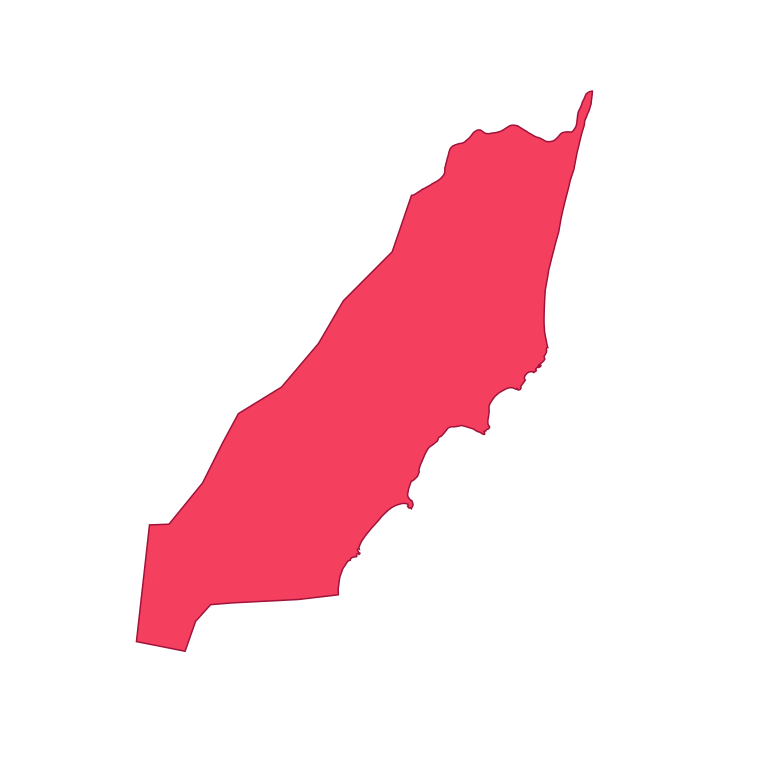 outline of Municipality E, Montevideo, Uruguay, rotated 312°
{"feature_id": "84410073B72296027070885", "entity_name": "Municipality E", "entity_type": "district", "adm_level": 2, "iso_a3": "URY", "parent_name": "Uruguay", "parent_adm1": "Montevideo", "projection": "robinson", "projection_center": [-56.066, -34.884], "detail": "fine", "context": "isolated", "style": "filled", "palette": "rose", "viewbox_px": 768, "rotation_deg": 312, "n_neighbors": 0, "source": "geoboundaries", "source_scale": "gbopen_adm2", "svg_char_len": 5543}
<svg xmlns="http://www.w3.org/2000/svg" viewBox="0 0 768 768"><g transform="rotate(312 384 384)"><path d="M542.6,278.2L487.8,301.6L418.7,298.1L394.6,303.1L389.1,304.3L370.2,308.2L313.1,309.9L264.6,295.6L232.1,303.5L189.0,315.4L135.9,318.0L122.4,304.0L26.9,372.4L34.0,384.3L52.3,415.0L81.5,402.8L104.0,402.8L119.4,417.3L166.6,464.6L196.8,491.1L197.6,490.4L200.8,487.3L205.4,484.1L210.8,480.4L215.3,478.6L219.2,477.0L223.9,476.3L228.3,475.6L229.1,476.1L230.6,476.9L231.2,476.4L231.8,476.1L233.5,476.4L234.7,477.0L236.1,478.1L237.3,479.1L237.7,479.1L238.5,478.1L239.7,477.6L240.5,478.2L241.1,478.8L240.7,479.4L241.8,479.6L242.2,479.0L241.7,478.1L242.2,477.3L243.2,474.8L244.0,475.2L244.7,475.5L244.8,476.1L245.9,474.6L249.0,473.5L252.5,472.5L257.2,471.9L257.5,471.8L262.2,471.5L268.2,471.2L274.2,471.2L279.4,471.2L284.0,470.9L290.0,471.3L294.0,471.7L297.7,472.5L301.5,473.9L304.3,475.5L305.8,476.4L307.4,477.5L309.4,479.6L310.7,482.2L309.9,483.3L309.0,483.2L308.5,485.1L308.7,485.8L309.1,486.3L309.8,487.0L309.6,487.7L310.6,487.5L311.8,487.1L312.9,486.9L313.8,486.3L314.2,485.8L315.1,484.6L315.3,483.7L316.0,482.7L315.4,481.2L315.7,479.6L316.1,477.7L317.0,476.1L318.7,474.8L320.7,473.6L322.5,472.5L326.8,470.6L328.5,469.9L329.9,469.4L331.5,470.1L334.0,470.5L337.7,470.7L341.2,469.4L342.3,469.0L343.3,467.6L347.4,465.5L354.1,463.2L359.7,461.3L364.9,460.1L365.1,460.0L368.1,460.0L371.0,460.8L374.8,461.4L377.4,461.8L378.9,461.3L379.9,460.6L381.7,460.7L383.7,461.5L387.5,461.5L392.5,461.2L394.1,461.1L396.6,462.1L397.9,463.4L399.2,464.9L399.5,465.1L401.1,466.5L405.0,469.3L406.5,472.1L407.8,474.8L409.1,477.7L410.4,480.6L411.0,484.6L412.4,488.0L412.8,490.9L413.2,491.8L413.9,492.4L414.3,492.2L414.9,491.5L415.4,491.0L415.3,490.2L415.8,490.1L416.4,490.5L417.3,491.1L418.0,490.8L419.0,490.8L420.0,491.5L421.2,491.7L422.3,491.5L422.9,491.1L423.2,490.0L423.1,489.2L424.5,487.3L425.6,486.3L426.5,485.5L430.3,483.1L434.1,480.4L435.3,479.2L437.4,477.2L439.9,476.0L443.4,475.3L448.5,474.7L454.3,475.3L458.8,476.8L462.5,478.1L465.7,480.1L467.5,482.6L468.2,484.9L468.4,485.7L469.4,486.0L469.7,486.1L469.3,486.7L469.2,487.3L469.3,487.7L469.8,488.2L470.2,488.4L470.7,488.8L471.3,488.9L471.6,488.8L472.1,488.7L472.8,488.5L473.1,488.0L473.1,487.6L473.4,487.3L481.5,486.4L481.9,484.8L483.4,483.6L485.2,483.2L485.5,483.1L487.5,483.1L489.6,483.6L491.3,484.8L492.7,486.5L492.6,487.5L493.3,487.8L494.1,487.7L494.8,488.3L496.2,488.0L496.2,487.2L497.1,486.6L499.7,486.8L499.5,487.6L500.3,488.1L501.1,488.4L501.2,487.7L500.3,486.8L500.5,486.6L501.8,486.4L502.2,486.4L502.1,488.4L502.7,488.4L502.9,487.0L503.4,486.7L504.8,486.9L507.8,487.2L510.1,486.9L511.3,484.9L511.8,484.4L512.6,484.3L513.6,484.2L516.4,483.4L517.8,482.3L518.4,481.3L519.9,480.8L520.7,481.4L521.4,480.1L523.1,477.8L525.4,474.8L527.3,472.2L528.7,470.3L530.6,468.0L532.9,465.7L535.2,463.3L538.4,460.3L542.3,456.9L547.5,452.5L552.7,448.2L561.4,441.2L572.7,434.2L580.0,429.5L582.1,428.5L588.6,425.0L596.5,420.9L604.7,416.6L613.9,412.1L624.7,405.3L631.3,401.5L641.1,396.2L648.6,392.3L654.4,389.3L659.7,386.3L664.6,384.1L670.2,381.7L677.8,377.1L685.6,372.4L692.2,368.9L698.7,365.3L701.3,364.0L704.1,362.5L707.3,361.1L710.2,359.7L711.9,358.6L713.8,357.1L715.6,356.5L718.6,355.5L721.5,354.3L724.3,353.5L726.5,352.5L728.6,351.4L730.6,350.6L731.7,349.7L732.7,349.0L737.9,345.4L740.4,343.5L741.1,342.9L740.6,342.4L739.0,341.3L737.1,340.5L734.6,340.2L732.7,340.8L729.6,341.9L726.1,342.8L723.5,344.1L719.5,345.4L717.1,346.0L715.3,346.8L713.2,348.1L711.2,349.6L709.1,351.0L707.3,352.4L706.0,353.2L704.5,354.0L703.1,354.5L701.5,354.8L700.0,355.0L698.4,355.1L696.8,354.9L696.0,353.9L694.9,352.6L693.9,351.4L693.0,350.5L691.9,349.6L690.8,348.8L689.5,348.2L688.3,347.9L687.3,347.9L686.1,347.9L685.0,348.0L683.4,348.0L682.0,347.9L679.9,347.7L678.5,347.3L677.2,346.7L676.1,345.9L674.9,344.9L673.5,343.3L672.7,342.0L672.1,339.6L671.5,336.9L671.0,335.1L670.3,333.6L669.5,332.0L668.8,329.7L668.1,326.1L667.5,323.7L667.2,321.2L666.8,319.2L666.3,316.7L665.6,312.7L665.4,311.1L664.8,309.7L663.9,308.3L663.0,307.0L662.0,306.0L661.0,305.2L659.8,304.6L658.5,304.2L657.2,303.8L654.5,303.1L652.1,302.4L650.5,301.9L649.0,301.1L647.8,300.3L646.3,299.4L645.3,298.6L642.4,296.1L641.2,295.3L640.5,294.6L639.7,294.0L639.1,293.1L638.6,292.3L638.1,291.5L637.8,290.6L637.8,289.7L637.7,288.9L637.5,287.7L637.5,286.6L637.2,285.6L636.2,284.4L635.2,283.5L634.0,283.0L633.2,282.8L632.3,282.6L631.1,282.3L630.1,282.3L629.3,282.4L628.4,282.4L627.2,282.7L626.5,282.6L625.6,282.7L624.5,282.7L623.5,282.7L622.1,282.5L620.7,282.3L619.5,282.2L618.4,282.0L617.3,281.8L616.5,281.5L615.7,281.1L614.7,280.5L613.8,279.8L613.0,279.0L612.6,278.8L611.9,278.4L611.1,277.9L609.9,277.2L608.7,276.6L607.5,276.1L606.4,275.8L605.4,275.6L604.2,275.7L603.0,275.8L601.9,276.2L601.0,276.6L600.1,277.0L598.9,277.6L597.8,278.2L596.6,278.9L595.5,279.4L594.3,279.9L592.7,280.8L591.1,281.6L590.1,282.2L589.1,282.6L588.4,282.9L587.9,283.3L586.8,284.1L586.3,284.2L585.2,284.6L584.5,285.5L583.5,286.1L582.8,286.8L582.1,287.3L581.4,287.8L580.5,288.1L579.5,288.4L578.7,288.5L577.8,288.6L576.8,288.6L575.5,288.7L574.3,288.5L573.3,288.4L572.1,288.1L571.0,287.9L569.7,287.5L568.5,287.1L567.2,286.6L566.0,286.2L564.9,285.8L563.9,285.6L562.7,285.3L561.7,285.0L560.7,284.6L559.7,284.2L558.5,283.8L557.4,283.5L556.4,283.1L555.4,282.7L554.8,282.4L554.1,282.1L553.1,282.0L552.4,281.8L551.5,281.6L550.6,281.4L549.8,281.1L548.8,280.9L547.8,280.6L546.7,280.3L545.9,280.1L545.2,279.8L544.4,279.6L543.6,279.1L543.3,278.8L542.6,278.2Z" fill="#f43f5e" stroke="#9f1239" stroke-width="1.5"/></g></svg>